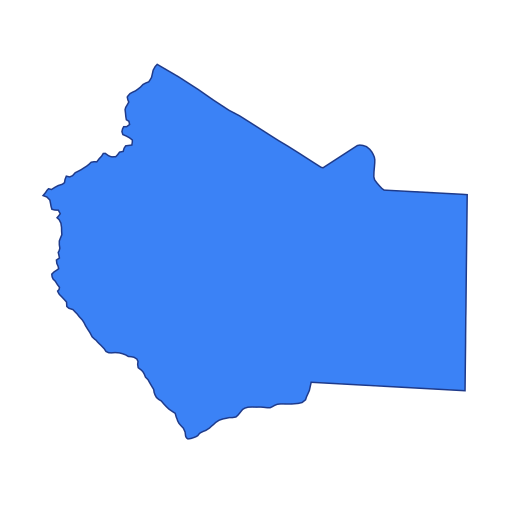 the district of Nyatike, Nyanza, Kenya, rotated 183°
{"feature_id": "3690345B78921482472620", "entity_name": "Nyatike", "entity_type": "district", "adm_level": 2, "iso_a3": "KEN", "parent_name": "Kenya", "parent_adm1": "Nyanza", "projection": "mercator", "projection_center": [34.221, -0.928], "detail": "fine", "context": "isolated", "style": "filled", "palette": "blue", "viewbox_px": 512, "rotation_deg": 183, "n_neighbors": 0, "source": "geoboundaries", "source_scale": "gbopen_adm2", "svg_char_len": 3618}
<svg xmlns="http://www.w3.org/2000/svg" viewBox="0 0 512 512"><g transform="rotate(183 256 256)"><path d="M315.6,70.5L314.5,69.8L313.6,69.9L311.3,70.4L309.0,71.3L306.7,72.3L304.8,73.5L303.5,75.4L302.9,76.0L302.2,76.6L299.5,78.1L297.0,79.2L293.5,81.7L291.6,83.7L289.6,85.5L287.5,87.7L284.2,90.1L280.4,91.6L277.6,92.3L274.3,93.2L271.1,93.4L267.6,94.2L265.8,96.0L264.0,98.4L263.5,99.1L262.8,100.1L261.3,102.1L259.2,103.5L256.1,104.6L252.0,105.0L248.5,105.1L246.6,105.2L245.6,105.3L243.1,105.4L240.0,105.3L237.2,105.1L234.0,105.2L231.8,106.4L229.6,107.8L227.1,109.0L224.3,109.5L221.4,109.7L217.5,109.8L212.5,110.1L206.1,111.0L202.3,112.1L199.0,115.0L198.3,117.6L197.9,118.8L197.4,120.0L195.7,124.4L194.3,132.8L40.2,132.4L41.1,154.0L42.2,181.0L42.5,187.0L42.7,191.9L42.9,196.5L43.0,199.1L43.3,205.6L43.4,208.9L43.7,216.9L44.2,228.5L44.9,245.2L45.3,254.6L46.5,284.3L48.3,328.3L53.1,328.4L131.5,328.5L133.8,330.0L136.3,332.4L139.0,335.2L141.5,338.2L142.5,341.3L142.6,346.2L142.4,351.4L142.3,355.2L142.4,358.3L143.0,360.9L144.3,363.6L145.8,366.0L148.0,368.5L151.4,371.0L155.0,372.0L158.2,372.2L160.6,371.6L193.7,347.6L195.7,348.0L204.9,353.2L212.1,357.3L217.3,360.3L230.0,367.4L239.7,372.5L249.8,378.2L264.4,386.5L279.7,395.1L290.6,400.1L306.9,409.6L322.3,419.2L342.4,430.7L364.7,442.2L366.6,439.9L368.4,436.2L369.1,432.1L369.7,428.8L370.9,426.5L372.2,424.3L375.1,423.0L377.8,421.4L380.2,418.6L382.4,416.7L385.0,414.6L387.7,413.2L390.3,411.6L392.2,409.2L392.9,408.0L392.1,405.1L391.1,403.1L392.3,400.6L393.9,397.6L394.4,395.3L393.8,391.8L393.3,388.4L392.6,385.3L390.0,383.9L389.1,380.7L391.9,378.4L394.9,378.2L395.9,376.0L396.4,373.2L395.3,370.3L391.8,369.0L388.5,367.4L385.6,365.4L385.5,364.5L385.5,362.9L385.8,360.3L389.2,359.7L391.9,359.2L393.2,357.0L393.5,356.2L394.1,353.5L397.7,352.6L399.3,350.2L399.9,349.4L401.3,347.8L402.9,347.7L404.4,347.5L405.4,347.5L406.8,347.8L408.8,348.6L411.9,350.6L412.8,350.5L413.9,350.4L415.4,347.6L417.6,345.1L419.9,341.7L422.5,341.7L425.5,341.0L427.6,338.8L429.9,336.8L432.6,334.9L435.2,333.0L437.9,331.4L440.9,329.7L443.4,326.6L446.2,325.2L449.6,325.8L450.7,322.5L451.1,319.2L453.2,317.5L457.2,316.0L460.5,314.0L463.7,311.7L466.7,312.3L468.1,310.7L469.5,308.3L471.8,305.2L468.0,304.0L464.8,301.1L464.0,298.0L463.3,295.0L462.3,292.0L459.5,291.4L455.8,291.4L453.7,288.0L455.1,285.8L456.7,283.8L454.5,282.0L452.5,278.5L452.3,277.3L451.7,274.5L451.4,270.5L451.0,267.1L452.1,264.1L453.2,260.7L453.0,256.9L452.3,253.5L452.8,251.2L453.2,250.1L453.7,249.3L452.4,244.7L452.2,243.7L455.1,241.5L454.5,238.1L453.1,235.4L452.4,233.0L454.3,231.4L456.9,229.5L459.0,227.2L458.5,224.5L457.4,222.3L455.1,220.3L452.8,217.0L450.6,214.4L450.9,212.2L452.3,210.6L451.8,209.6L450.7,207.8L450.1,207.1L448.0,205.2L445.4,202.7L442.8,200.1L442.3,195.7L440.1,194.0L436.0,192.9L433.5,190.5L431.6,188.8L429.3,186.1L426.1,183.0L424.3,180.5L422.5,177.3L419.9,173.6L417.9,170.9L415.4,166.7L412.7,164.4L411.8,163.9L411.1,163.3L409.8,161.9L408.2,160.4L406.4,158.9L404.5,157.1L402.7,155.4L400.8,152.8L398.1,151.7L395.3,151.7L391.6,152.2L387.4,152.1L384.1,151.4L380.9,150.4L378.3,149.0L375.3,148.9L372.6,148.5L369.6,146.9L368.3,144.5L368.5,141.6L367.8,138.3L365.5,136.7L364.6,136.1L363.7,135.3L362.6,134.1L361.4,132.2L360.0,129.2L357.4,126.9L355.8,124.3L353.9,121.4L352.3,119.0L351.5,117.9L351.1,117.0L350.6,114.5L349.6,112.1L348.0,109.5L345.7,107.7L343.0,106.3L340.3,103.4L337.7,100.9L334.9,98.5L331.3,96.3L328.5,94.7L328.2,93.9L327.5,91.8L327.1,90.7L326.3,89.1L325.9,88.0L325.5,87.1L324.2,84.9L322.1,82.7L319.5,80.2L317.6,76.5L316.9,72.7L316.6,71.8L315.6,70.5Z" fill="#3b82f6" stroke="#1e3a8a" stroke-width="1.5"/></g></svg>